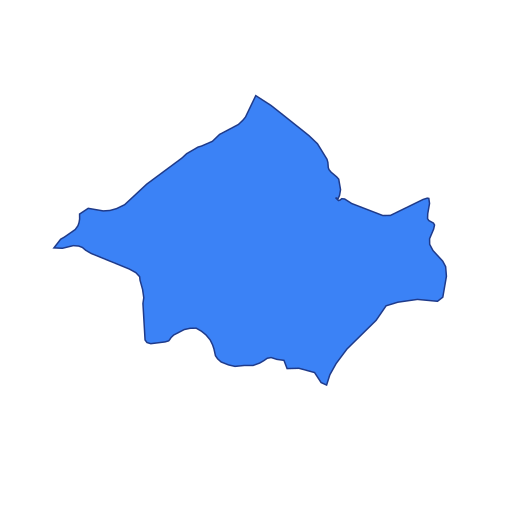 the border of Coclé, rotated 246°
{"feature_id": "PAN-1336", "entity_name": "Coclé", "entity_type": "Province", "adm_level": 1, "iso_a3": "PAN", "parent_name": "Panama", "parent_adm1": "", "projection": "orthographic", "projection_center": [-80.432, 8.569], "detail": "fine", "context": "isolated", "style": "filled", "palette": "blue", "viewbox_px": 512, "rotation_deg": 246, "n_neighbors": 0, "source": "natural_earth", "source_scale": "10m", "svg_char_len": 1593}
<svg xmlns="http://www.w3.org/2000/svg" viewBox="0 0 512 512"><g transform="rotate(246 256 256)"><path d="M402.6,321.0L387.5,330.9L370.7,339.7L344.5,353.3L333.5,357.8L315.5,360.2L312.2,359.7L307.4,358.0L305.3,357.8L302.0,358.7L295.4,361.9L292.5,362.8L282.2,360.2L277.3,356.9L275.0,354.3L276.9,352.4L273.1,353.9L272.9,355.6L273.5,357.6L272.0,360.2L265.1,364.7L241.4,388.3L238.4,395.3L239.7,431.6L239.2,436.0L238.3,437.3L233.4,435.9L224.8,430.1L220.3,427.9L218.1,428.3L213.9,431.5L211.7,431.7L208.3,429.2L201.2,421.6L196.0,419.4L189.0,419.9L175.3,424.5L169.1,424.9L160.0,421.7L142.4,409.9L140.8,403.4L150.7,385.8L156.1,366.8L157.6,354.6L148.4,339.6L134.0,301.2L125.2,285.5L117.5,275.2L109.4,268.0L113.9,264.0L125.7,262.1L136.0,249.5L140.5,238.6L149.3,239.1L153.1,233.0L157.1,228.5L158.0,224.7L157.2,220.4L156.7,215.8L157.2,208.8L160.8,200.7L163.7,191.9L167.7,186.6L173.4,181.0L177.7,179.1L181.4,178.4L188.3,179.8L192.5,180.2L198.0,180.0L204.3,178.2L209.6,175.5L214.4,172.0L216.8,166.3L218.0,160.5L217.3,148.7L216.1,145.3L214.8,143.3L214.0,141.7L214.5,138.0L218.7,124.2L221.3,121.2L224.4,120.5L258.6,133.4L263.5,136.5L271.6,138.8L281.0,140.2L284.4,141.3L289.6,139.5L295.7,134.9L325.3,106.5L330.4,102.8L334.4,100.9L337.2,98.1L339.8,93.3L341.8,82.3L345.6,74.7L350.8,84.4L351.2,88.5L353.7,101.6L356.1,105.7L358.6,108.0L361.5,109.9L366.1,111.9L367.8,122.1L359.3,134.8L357.0,141.1L356.0,147.9L356.3,156.9L366.1,185.4L375.6,228.1L377.7,234.3L379.1,247.4L378.6,250.8L378.5,262.8L381.9,272.2L383.3,293.4L385.4,299.3L387.2,302.9L402.6,321.0Z" fill="#3b82f6" stroke="#1e3a8a" stroke-width="1.5"/></g></svg>